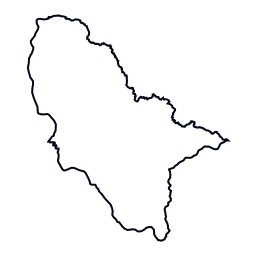 Phonthong, Louangphrabang, Laos
{"feature_id": "54806243B14812805317737", "entity_name": "Phonthong", "entity_type": "district", "adm_level": 2, "iso_a3": "LAO", "parent_name": "Laos", "parent_adm1": "Louangphrabang", "projection": "albers", "projection_center": [103.126, 20.819], "detail": "fine", "context": "isolated", "style": "outline", "palette": "ink", "viewbox_px": 256, "rotation_deg": 0, "n_neighbors": 0, "source": "geoboundaries", "source_scale": "gbopen_adm2", "svg_char_len": 5729}
<svg xmlns="http://www.w3.org/2000/svg" viewBox="0 0 256 256"><path d="M27.9,67.4L28.7,71.7L30.3,77.3L33.0,81.2L33.1,83.8L32.3,88.9L32.2,92.8L34.1,98.8L37.3,106.5L37.7,109.3L37.7,111.9L38.1,113.0L38.5,113.5L41.3,114.3L44.3,114.4L47.3,114.0L48.9,114.7L54.2,120.8L55.9,124.4L55.6,130.6L53.9,134.1L53.8,135.6L51.9,136.7L49.5,140.2L48.8,140.7L48.3,141.7L49.6,141.7L49.9,141.8L49.9,142.3L51.1,142.5L52.2,142.1L53.1,142.7L53.9,142.2L54.6,142.4L54.9,142.9L54.7,143.6L54.1,143.7L53.5,144.1L53.2,145.3L54.4,145.6L56.2,145.3L56.5,146.0L55.5,147.3L55.6,148.1L56.0,148.6L57.1,148.7L57.8,148.4L58.5,148.5L58.4,149.2L58.6,149.8L57.6,152.2L58.5,154.1L58.7,156.3L58.0,160.8L58.4,162.2L59.6,164.4L60.2,165.0L60.8,166.6L62.5,169.4L64.1,170.5L65.8,170.2L71.5,167.8L73.6,167.9L75.4,168.4L78.8,170.0L84.1,171.5L85.7,173.1L88.4,178.3L89.2,180.5L89.8,181.4L90.0,183.2L90.4,184.2L91.6,184.6L95.4,184.8L96.6,187.6L98.1,188.9L98.9,190.6L99.0,191.3L101.9,194.3L104.9,198.4L110.7,204.7L112.1,208.3L112.6,210.9L112.7,212.3L112.3,213.9L112.5,215.5L113.7,217.2L115.9,219.4L117.5,222.0L118.8,222.1L120.0,223.3L122.3,226.5L124.5,228.6L127.5,230.0L132.9,229.3L135.1,229.6L138.1,231.5L141.4,231.2L143.8,229.9L146.4,227.8L148.9,227.0L151.5,227.1L153.9,229.7L154.2,234.4L155.2,236.2L158.2,240.2L159.0,240.1L160.7,240.6L161.7,240.6L164.5,239.3L164.8,238.8L165.0,237.8L166.3,236.5L166.0,235.3L166.4,234.3L166.8,233.7L167.7,233.2L169.6,230.7L168.1,228.4L167.9,225.5L167.2,223.0L166.6,222.4L166.4,221.2L165.8,220.5L165.3,218.6L166.0,216.8L166.0,216.1L165.6,215.0L165.6,214.1L164.6,209.2L165.5,207.0L166.1,206.5L167.4,206.1L168.0,205.5L168.3,204.6L168.1,202.9L170.7,200.7L170.9,200.2L170.9,198.8L169.6,196.1L170.4,194.9L170.2,193.4L171.1,191.0L169.7,189.9L168.8,188.3L169.1,187.2L170.3,186.2L170.6,185.2L169.6,184.3L168.2,182.0L168.6,179.9L170.1,178.0L170.4,175.1L170.0,171.5L169.0,169.8L169.1,169.3L173.7,167.7L175.1,165.9L177.8,164.2L178.8,163.0L180.1,162.1L183.4,160.5L185.1,158.2L185.9,157.7L190.5,157.8L191.9,157.3L194.1,155.5L194.8,155.5L196.4,154.7L197.2,153.8L198.4,150.8L199.1,150.1L202.0,148.8L202.5,148.0L204.9,146.3L206.6,146.7L208.7,146.5L213.9,149.0L215.5,149.3L217.2,149.1L217.9,148.7L220.3,144.1L221.8,142.8L222.3,142.9L224.3,142.0L225.7,140.5L228.1,140.5L226.6,139.2L224.6,139.9L222.6,139.4L221.8,137.7L220.5,136.9L220.4,136.5L219.7,136.3L219.3,134.9L218.6,134.0L217.5,133.4L217.2,133.0L217.1,132.2L216.5,131.9L215.9,132.1L215.1,131.9L214.1,132.9L212.7,133.8L211.5,133.3L211.4,132.7L210.6,132.4L210.5,131.8L209.9,131.7L209.4,131.2L207.8,130.3L207.1,130.5L206.0,130.2L204.7,129.1L204.1,128.8L203.9,129.0L202.5,127.8L201.5,127.9L200.7,127.3L199.6,127.5L199.1,127.1L197.1,127.7L195.6,126.9L195.0,127.1L194.4,126.9L193.6,125.6L193.7,125.0L194.3,124.7L194.6,123.7L194.4,123.0L194.6,122.4L194.3,122.1L193.5,122.5L192.8,121.4L191.2,121.3L191.1,122.4L190.7,122.9L190.3,122.7L190.1,123.0L189.6,123.1L189.3,123.7L189.4,123.9L188.9,124.3L187.1,124.4L186.5,125.1L184.9,126.0L184.7,126.8L183.6,126.4L182.8,126.7L181.9,126.3L181.3,125.3L180.7,125.2L180.5,124.8L179.5,124.6L179.0,123.6L178.4,123.8L177.6,123.2L177.7,122.6L175.7,123.2L175.3,122.6L175.3,122.3L174.6,121.7L174.1,121.6L174.8,120.5L173.9,119.9L172.6,119.9L172.4,118.0L172.8,117.6L171.9,117.0L172.4,115.8L173.1,115.1L173.0,113.2L173.7,112.8L173.8,112.2L175.0,110.4L175.1,109.2L172.4,107.3L172.1,106.7L172.2,105.9L171.0,104.7L169.0,103.7L167.7,103.5L169.4,101.6L168.9,101.1L168.7,100.4L167.4,99.6L165.3,99.2L164.1,99.5L163.8,98.9L163.3,98.7L163.1,97.8L161.4,99.1L161.2,99.6L159.7,99.2L158.6,97.9L158.4,97.1L157.3,97.3L156.7,96.7L155.5,96.5L155.4,95.8L154.5,95.0L153.6,95.4L153.3,94.3L152.6,94.7L152.8,96.3L151.5,97.7L150.3,98.1L148.5,98.3L148.0,98.9L147.9,98.5L147.4,98.7L147.5,98.2L147.2,98.6L146.7,98.3L146.5,97.9L145.8,98.3L145.3,97.9L145.0,98.1L145.0,97.8L144.1,97.3L143.7,97.7L143.5,97.3L143.1,97.1L142.6,97.7L141.2,97.6L141.0,96.9L140.5,96.9L138.9,98.6L137.7,101.3L137.3,101.5L136.2,101.2L134.8,100.0L134.7,99.4L135.3,97.9L134.9,96.6L135.8,96.0L135.0,94.0L133.3,93.7L133.3,91.9L134.0,91.3L133.8,90.4L132.9,89.2L133.1,88.2L131.9,87.7L131.2,88.3L129.5,88.2L128.8,87.4L127.9,87.2L126.3,84.9L126.9,83.3L126.8,82.3L127.1,80.8L126.8,80.3L126.9,78.7L126.6,77.5L126.9,76.7L126.5,75.5L126.2,75.7L125.0,75.5L124.2,73.2L123.8,72.5L123.2,72.2L122.3,72.2L122.3,70.8L121.6,69.6L122.0,69.0L122.0,68.4L121.4,67.9L121.1,67.2L120.4,67.2L119.1,66.1L118.5,65.2L118.3,64.1L117.9,63.7L118.3,60.9L117.4,60.6L116.9,58.8L115.8,57.5L115.6,56.3L115.4,56.1L114.9,56.4L114.7,55.0L113.7,54.4L113.9,54.0L113.5,53.6L113.6,53.2L113.1,53.2L111.9,52.5L111.8,51.8L112.5,50.8L112.1,50.3L112.4,49.8L112.0,49.6L111.6,48.6L110.3,48.0L110.3,47.6L111.0,46.7L110.4,46.1L110.5,45.5L109.3,45.3L108.7,45.8L107.6,45.7L106.9,45.0L105.9,44.7L103.8,43.2L103.2,44.0L102.1,43.5L101.2,44.7L100.5,44.6L99.8,45.2L99.3,44.5L98.0,43.8L97.1,44.2L96.1,43.7L95.7,44.0L94.8,43.7L93.5,42.8L93.0,42.9L92.4,42.4L91.2,42.9L90.1,41.7L89.3,41.4L88.9,40.5L88.9,39.7L87.7,38.7L87.4,38.8L87.4,38.2L87.0,37.8L87.4,36.6L88.1,36.1L88.8,35.0L89.2,33.1L88.8,31.2L88.2,30.2L86.9,27.2L86.9,26.2L85.4,25.6L85.0,25.2L84.8,24.3L83.9,24.2L82.9,23.1L82.1,22.8L81.3,23.0L80.4,22.0L80.0,21.1L80.3,20.5L78.0,19.6L75.4,19.4L72.8,20.5L71.6,20.5L70.0,19.7L69.8,19.3L69.1,19.0L68.1,19.0L67.4,18.5L67.0,18.8L66.1,18.8L65.5,18.3L65.7,17.2L63.8,16.5L60.4,16.1L59.2,15.4L58.4,15.8L57.3,15.5L56.4,15.8L54.9,15.8L52.8,16.2L51.5,17.1L50.0,17.1L49.7,16.9L48.8,17.0L48.5,17.4L49.2,17.9L48.2,18.7L44.2,19.5L39.9,18.8L38.6,18.9L37.2,19.5L36.8,20.0L36.7,20.7L36.7,23.2L37.3,24.7L38.4,26.5L38.5,27.3L37.6,29.9L35.6,33.1L34.9,35.6L30.9,40.9L30.8,41.6L31.1,43.4L31.7,45.0L33.4,47.5L33.2,49.3L31.8,53.3L30.2,55.8L29.6,57.6L29.0,58.4L28.8,63.3L27.9,67.4Z" fill="none" stroke="#020617" stroke-width="2"/></svg>